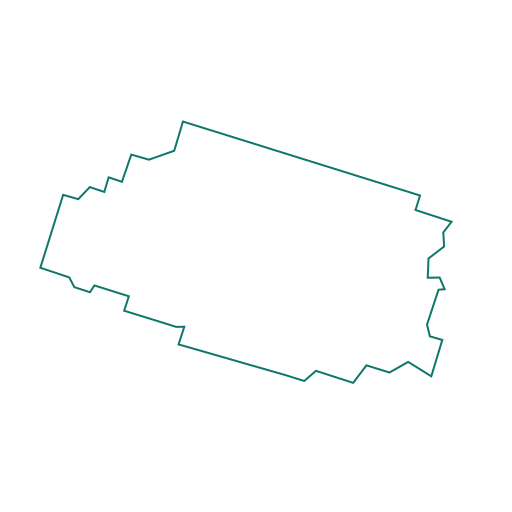 the district of Marion, Georgia, United States of America, rotated 107°
{"feature_id": "52423323B6215511480610", "entity_name": "Marion", "entity_type": "district", "adm_level": 2, "iso_a3": "USA", "parent_name": "United States of America", "parent_adm1": "Georgia", "projection": "robinson", "projection_center": [-84.513, 32.348], "detail": "fine", "context": "isolated", "style": "outline", "palette": "teal", "viewbox_px": 512, "rotation_deg": 107, "n_neighbors": 0, "source": "geoboundaries", "source_scale": "gbopen_adm2", "svg_char_len": 667}
<svg xmlns="http://www.w3.org/2000/svg" viewBox="0 0 512 512"><g transform="rotate(107 256 256)"><path d="M166.1,79.0L165.4,116.9L150.2,116.8L148.8,365.2L156.5,365.1L179.3,365.0L195.2,386.6L195.5,404.9L224.2,405.9L223.9,419.9L239.1,419.8L238.7,435.1L253.6,442.6L253.9,458.3L330.3,458.8L331.1,428.3L338.9,420.6L339.2,404.2L331.4,401.9L331.7,365.8L346.9,366.1L347.1,311.5L344.6,303.9L363.2,304.2L361.3,193.5L361.4,173.3L348.3,165.1L348.9,126.0L328.3,118.4L328.4,94.3L312.8,79.5L319.8,53.2L281.8,53.3L282.0,66.2L271.6,72.4L234.9,71.6L232.6,65.9L222.9,74.1L226.6,85.4L207.9,90.3L191.9,78.9L178.7,83.8L166.1,79.0Z" fill="none" stroke="#0f766e" stroke-width="2"/></g></svg>